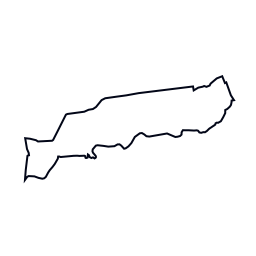 outline of Togo, rotated 263°
{"feature_id": "TGO", "entity_name": "Togo", "entity_type": "country or territory", "adm_level": 0, "iso_a3": "TGO", "parent_name": "Africa", "parent_adm1": "", "projection": "mercator", "projection_center": [0.728, 8.603], "detail": "fine", "context": "isolated", "style": "outline", "palette": "ink", "viewbox_px": 256, "rotation_deg": 263, "n_neighbors": 0, "source": "natural_earth", "source_scale": "50m", "svg_char_len": 1652}
<svg xmlns="http://www.w3.org/2000/svg" viewBox="0 0 256 256"><g transform="rotate(263 128 128)"><path d="M130.4,24.7L129.3,29.4L127.1,35.2L125.6,37.0L124.6,51.1L125.3,52.3L125.8,52.6L132.9,57.4L142.2,63.6L148.8,68.0L149.3,69.5L149.4,78.7L149.5,86.6L150.9,91.1L151.1,95.5L152.8,98.9L158.9,105.2L160.3,109.0L160.5,121.1L160.6,130.2L161.3,142.7L161.3,153.1L161.3,166.2L161.3,181.6L161.3,197.6L157.3,197.8L159.5,202.7L159.9,207.2L160.4,208.7L159.3,210.9L160.2,214.2L162.0,215.4L166.4,222.1L167.9,227.8L160.8,229.7L161.3,231.1L147.9,234.1L142.7,236.6L142.6,234.2L140.6,233.8L138.3,233.0L136.8,231.7L134.8,228.9L134.0,226.7L130.9,226.3L127.1,223.8L123.4,221.0L122.2,218.1L122.5,216.8L122.0,215.5L120.7,215.0L117.4,208.5L115.4,205.9L114.4,203.9L114.7,202.2L114.3,200.1L114.9,198.3L116.7,197.3L117.3,196.0L117.4,193.3L118.4,187.7L119.1,182.2L117.2,180.7L114.9,180.3L113.7,178.7L113.3,176.1L113.3,173.9L117.8,166.1L116.9,148.1L117.6,145.3L119.6,143.4L121.3,141.2L121.3,139.1L118.3,133.7L112.6,129.5L109.7,126.2L108.1,123.2L107.9,121.6L111.3,119.2L112.8,117.6L113.0,115.7L111.6,112.3L111.9,106.2L113.2,101.6L114.6,95.7L114.4,93.9L111.1,90.4L109.3,89.9L107.8,90.2L104.3,92.5L103.1,92.7L102.3,92.1L101.9,91.1L103.1,89.7L102.7,88.0L103.7,86.5L105.9,85.8L106.6,85.0L103.6,84.3L103.3,83.3L103.5,82.3L104.3,82.1L105.3,82.1L105.8,81.4L106.2,76.4L106.6,74.6L107.0,71.1L107.4,57.6L108.1,56.2L108.2,55.2L106.1,54.6L101.2,50.9L98.3,48.1L95.8,45.3L93.6,43.4L89.5,40.5L88.3,38.7L88.1,36.8L89.4,33.1L91.4,29.2L92.4,23.5L91.8,22.0L89.0,19.4L98.8,21.4L112.6,24.8L112.9,25.4L113.0,26.4L115.4,26.4L119.4,25.2L130.4,24.7Z" fill="none" stroke="#020617" stroke-width="2"/></g></svg>